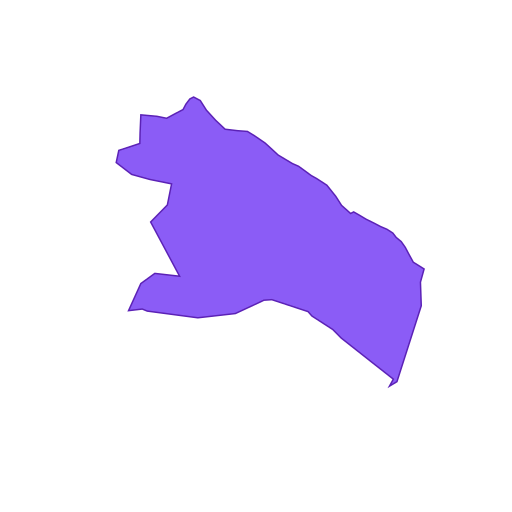 the district of Chinaz, Tashkent, Uzbekistan, rotated 239°
{"feature_id": "79887680B87312828707789", "entity_name": "Chinaz", "entity_type": "district", "adm_level": 2, "iso_a3": "UZB", "parent_name": "Uzbekistan", "parent_adm1": "Tashkent", "projection": "natural_earth1", "projection_center": [68.814, 40.98], "detail": "fine", "context": "isolated", "style": "filled", "palette": "violet", "viewbox_px": 512, "rotation_deg": 239, "n_neighbors": 0, "source": "geoboundaries", "source_scale": "gbopen_adm2", "svg_char_len": 1032}
<svg xmlns="http://www.w3.org/2000/svg" viewBox="0 0 512 512"><g transform="rotate(239 256 256)"><path d="M158.3,393.4L169.7,387.6L171.5,387.7L179.4,388.0L186.5,388.4L193.5,387.9L199.8,385.7L205.2,385.1L211.5,382.0L217.0,378.0L223.4,374.1L230.7,369.4L238.0,365.5L243.5,362.4L243.7,359.0L255.3,355.4L266.0,355.1L280.2,353.2L291.1,347.9L296.5,344.8L311.0,338.7L316.5,334.8L323.8,330.9L331.1,327.0L338.3,324.9L348.1,322.0L359.9,316.6L367.2,312.8L373.0,304.6L380.6,294.8L393.1,291.3L406.5,288.6L418.0,288.3L424.4,284.4L424.7,280.2L422.3,274.2L419.1,268.9L419.6,260.5L420.1,250.3L426.7,243.1L436.3,230.0L421.0,219.9L412.3,214.4L417.2,192.8L408.1,184.3L390.0,191.4L376.3,204.4L361.3,220.8L345.4,206.3L339.4,183.2L278.0,180.1L293.2,160.3L291.7,143.1L274.8,118.6L269.1,131.2L264.8,134.4L233.0,174.3L217.3,208.7L214.1,239.1L214.1,239.9L210.4,247.1L181.5,272.0L175.8,273.0L153.3,284.0L141.7,286.8L104.7,300.8L79.7,310.3L75.7,303.4L75.7,312.1L128.2,372.0L148.9,383.5L158.3,393.4Z" fill="#8b5cf6" stroke="#5b21b6" stroke-width="1.5"/></g></svg>